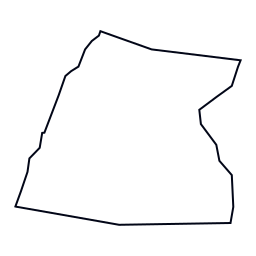 Roblot, Choiseul, Saint Lucia (Mercator projection)
{"feature_id": "8701671B17506768267168", "entity_name": "Roblot", "entity_type": "district", "adm_level": 2, "iso_a3": "LCA", "parent_name": "Saint Lucia", "parent_adm1": "Choiseul", "projection": "mercator", "projection_center": [-61.023, 13.804], "detail": "fine", "context": "isolated", "style": "outline", "palette": "ink", "viewbox_px": 256, "rotation_deg": 0, "n_neighbors": 0, "source": "geoboundaries", "source_scale": "gbopen_adm2", "svg_char_len": 519}
<svg xmlns="http://www.w3.org/2000/svg" viewBox="0 0 256 256"><path d="M240.6,60.3L151.6,49.4L100.4,31.2L98.9,35.6L95.2,38.4L91.8,41.0L87.5,46.4L85.1,49.4L80.1,62.3L78.4,66.7L77.6,67.1L71.2,71.1L68.6,73.3L65.4,76.0L58.7,95.2L44.4,132.7L43.0,132.8L42.2,132.9L39.7,147.8L29.4,158.4L27.5,171.9L21.0,191.1L15.4,206.5L16.1,206.7L119.1,224.8L230.5,223.0L233.3,206.9L231.8,175.1L219.4,160.8L216.3,144.8L200.9,124.1L199.3,109.8L216.3,97.1L231.8,85.9L238.0,66.8L240.6,60.3Z" fill="none" stroke="#020617" stroke-width="2"/></svg>